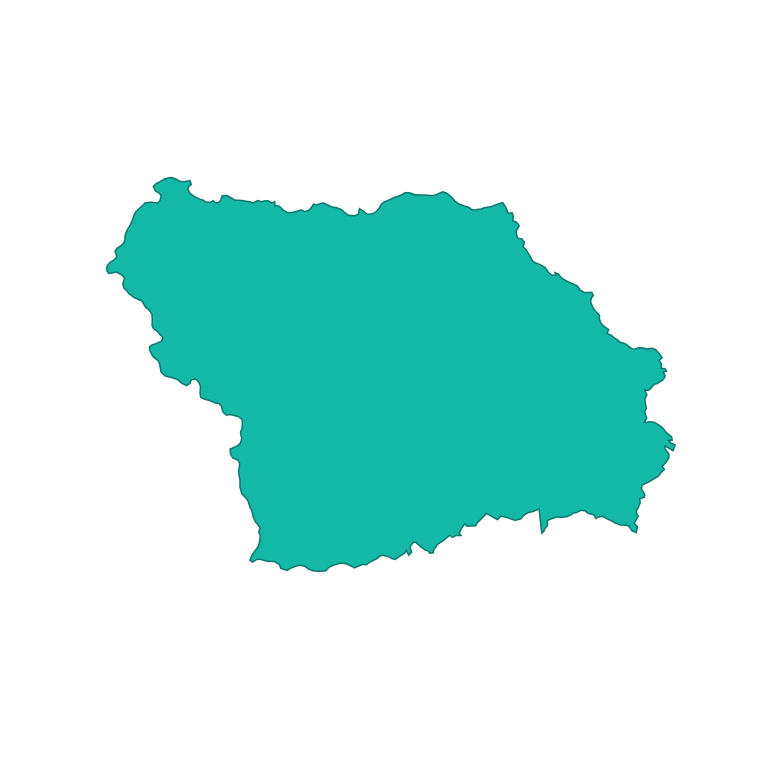 Campinaçu, Goiás, Brazil, rotated 104°
{"feature_id": "56859067B82037437872279", "entity_name": "Campinaçu", "entity_type": "district", "adm_level": 2, "iso_a3": "BRA", "parent_name": "Brazil", "parent_adm1": "Goiás", "projection": "robinson", "projection_center": [-48.57, -13.889], "detail": "fine", "context": "isolated", "style": "filled", "palette": "teal", "viewbox_px": 768, "rotation_deg": 104, "n_neighbors": 0, "source": "geoboundaries", "source_scale": "gbopen_adm2", "svg_char_len": 5482}
<svg xmlns="http://www.w3.org/2000/svg" viewBox="0 0 768 768"><g transform="rotate(104 384 384)"><path d="M563.5,357.1L560.9,355.4L554.9,348.4L551.7,346.2L550.4,343.2L550.5,337.8L551.5,334.2L551.6,330.8L543.0,323.0L540.1,321.9L544.2,318.6L540.5,316.4L536.0,319.3L531.4,317.9L529.7,315.3L532.8,309.5L535.1,304.0L535.3,301.0L537.1,298.5L535.8,295.4L532.8,295.8L529.9,294.3L527.3,293.8L521.4,288.5L518.9,286.6L514.9,283.6L516.2,280.4L513.7,277.8L512.4,272.6L510.6,274.8L506.6,274.2L500.2,272.0L501.9,269.0L499.3,260.7L496.4,260.1L489.7,256.0L484.8,253.3L488.2,241.0L483.8,238.6L483.9,234.4L483.9,230.4L484.6,223.7L481.7,218.5L477.9,216.8L474.0,213.2L471.8,208.8L470.0,206.3L467.7,203.3L490.6,194.8L488.3,193.3L485.7,193.1L481.7,191.1L477.0,192.5L474.6,189.3L471.1,184.0L470.6,180.2L468.5,174.3L465.7,171.0L463.2,168.7L462.1,166.0L458.8,162.2L458.5,157.8L460.0,155.3L460.3,148.6L463.2,146.1L461.2,143.6L459.6,140.4L461.6,131.0L463.0,125.7L463.6,120.5L462.6,115.1L462.5,112.2L466.5,107.8L467.2,103.2L461.0,103.7L458.6,107.6L450.7,105.2L448.9,107.5L446.6,108.5L441.9,107.3L437.5,106.7L433.5,108.1L431.0,103.9L428.4,104.2L423.3,108.9L419.8,109.2L414.7,103.1L407.3,95.8L402.3,93.3L399.0,91.3L396.7,94.3L392.1,91.5L386.8,89.7L383.0,90.6L378.9,95.7L376.0,96.2L377.6,91.2L378.8,87.4L372.6,86.8L371.8,91.5L369.8,94.3L368.8,90.8L365.8,92.0L362.4,99.0L359.5,102.5L357.6,106.4L355.8,112.6L356.3,116.9L358.5,122.2L353.7,120.8L347.8,124.4L344.4,123.5L339.4,125.7L336.0,127.1L330.7,126.4L326.9,129.4L326.4,126.3L324.0,124.1L319.1,122.0L317.3,118.7L315.1,116.9L313.2,114.8L310.7,113.6L307.8,113.1L305.1,116.1L303.1,112.9L301.1,115.4L301.8,118.7L297.3,119.8L294.5,122.8L291.2,120.5L288.3,123.8L285.0,128.6L284.5,132.6L286.4,137.1L286.4,141.8L287.3,145.9L290.0,150.0L289.4,153.3L286.9,158.5L286.4,162.3L286.3,165.2L285.0,167.7L283.6,171.4L281.6,175.9L281.0,179.8L276.9,179.1L274.9,184.3L273.5,187.0L271.2,189.3L267.9,191.1L265.1,191.5L263.7,194.2L260.5,198.7L258.4,200.5L254.6,203.3L250.3,203.6L247.4,202.3L244.8,204.7L246.1,208.9L246.8,212.1L245.5,216.2L242.1,220.1L240.9,226.0L240.5,229.4L238.3,237.4L235.1,241.3L234.6,245.0L236.7,243.4L237.8,247.5L235.9,251.4L231.9,255.9L230.4,261.6L229.7,266.9L228.6,269.6L225.8,272.0L223.2,274.8L219.0,278.9L217.2,282.2L212.5,282.0L209.8,285.6L210.4,289.1L207.6,291.3L203.8,292.7L197.7,291.1L194.8,294.9L194.5,298.5L190.0,299.1L187.0,300.9L188.2,305.3L185.4,306.8L182.7,309.0L179.3,312.8L181.6,316.5L184.2,320.5L185.9,322.7L187.3,325.9L188.8,329.6L190.7,331.9L191.9,335.4L193.5,338.5L193.3,341.6L191.9,344.9L191.9,349.8L191.2,354.6L189.6,359.0L187.3,362.3L185.2,365.6L183.7,369.4L183.3,373.5L188.5,380.2L189.7,383.2L190.1,386.7L191.4,392.8L192.9,399.7L192.3,405.2L193.2,409.7L196.2,412.8L198.6,415.8L200.7,419.6L203.3,422.4L207.2,427.7L209.8,429.9L215.4,431.5L219.1,433.7L221.5,435.9L223.3,441.4L221.2,446.2L219.8,450.2L225.5,450.0L228.0,453.3L228.9,459.3L226.8,464.4L225.0,467.4L224.4,472.7L224.8,477.2L223.0,486.5L224.7,490.0L226.6,492.6L226.5,496.0L229.7,496.9L232.9,498.5L234.8,500.4L235.9,503.0L235.2,506.5L236.7,509.1L239.3,513.4L241.1,518.8L239.6,524.0L236.9,528.4L237.0,533.0L233.5,534.2L235.7,536.9L234.2,540.2L235.1,544.0L236.6,546.6L236.6,551.0L238.5,553.2L240.1,555.3L239.6,558.1L240.1,562.9L240.4,566.5L240.9,569.7L241.7,573.1L240.2,577.9L239.1,582.5L240.7,586.6L245.1,586.9L248.1,588.6L249.0,591.5L247.4,594.1L249.7,596.2L250.6,601.2L249.3,603.8L249.3,607.5L248.3,612.2L247.0,616.1L245.4,618.9L242.1,621.6L239.4,621.0L237.0,619.2L233.6,621.4L235.0,624.6L236.6,628.0L236.6,631.5L235.6,634.6L235.0,638.6L235.5,641.8L238.4,646.8L242.5,650.9L245.3,654.2L248.1,655.6L251.9,652.5L253.4,648.0L255.4,645.7L260.5,645.8L263.3,647.6L263.8,653.7L266.0,659.5L270.8,662.4L274.0,664.7L276.8,666.4L280.5,667.5L285.3,667.7L290.8,668.6L295.9,670.2L300.0,671.1L303.2,671.1L306.5,670.2L309.5,670.5L313.3,672.5L317.1,676.1L320.4,677.1L323.1,675.2L325.7,674.1L329.4,676.5L332.5,679.4L336.4,681.2L340.6,680.8L343.4,677.6L341.6,673.8L340.1,670.8L341.9,664.0L344.2,661.2L346.9,661.7L350.7,661.5L354.2,659.2L355.5,656.2L358.1,653.4L359.6,649.5L360.7,646.9L362.1,638.8L367.3,633.9L368.7,630.2L372.4,626.1L377.6,624.4L383.1,623.3L386.1,621.0L387.6,616.9L389.9,613.9L392.2,609.8L396.2,610.1L400.2,615.3L402.5,618.9L404.8,620.5L408.0,619.4L412.5,615.6L414.3,613.0L415.9,608.9L419.1,606.4L422.1,605.1L426.5,603.1L429.1,598.4L429.2,595.5L429.1,590.2L429.8,584.8L432.1,580.6L433.3,575.2L430.2,572.3L427.3,572.4L425.0,569.6L425.2,566.7L427.9,563.4L430.7,561.5L437.3,560.3L441.3,558.5L442.1,555.4L442.2,549.2L443.2,543.3L442.9,540.0L444.8,536.4L448.3,534.7L450.8,532.5L452.3,529.5L451.1,526.7L450.8,523.5L450.8,517.6L452.4,513.5L455.5,512.1L459.0,511.4L461.9,511.1L465.4,511.6L468.8,510.2L471.0,508.7L476.3,509.1L479.8,511.6L484.4,517.6L489.2,515.9L492.4,512.7L493.1,507.4L495.7,505.0L498.4,504.4L504.0,504.0L508.6,502.2L511.6,500.6L518.9,498.8L524.8,495.5L526.6,492.7L528.9,489.2L530.8,487.4L533.4,485.8L536.7,483.7L538.8,481.8L543.9,479.1L546.0,477.6L548.9,475.4L550.5,472.9L553.3,469.6L558.0,469.6L561.2,467.4L566.9,466.6L571.7,466.7L574.9,467.9L580.2,470.1L583.6,471.0L587.4,471.5L588.7,468.5L584.9,464.9L584.0,461.0L584.3,454.2L582.8,447.5L584.5,441.8L587.8,439.5L588.4,433.1L585.4,430.1L582.1,425.4L580.3,422.2L579.9,417.3L581.9,411.9L582.4,408.1L582.0,404.7L580.8,399.3L579.2,395.1L576.1,393.7L573.6,391.3L570.9,387.5L569.3,384.8L567.9,381.5L567.6,377.2L568.3,373.5L569.5,368.1L567.2,365.0L564.5,361.8L563.5,357.1Z" fill="#14b8a6" stroke="#0f766e" stroke-width="1.5"/></g></svg>